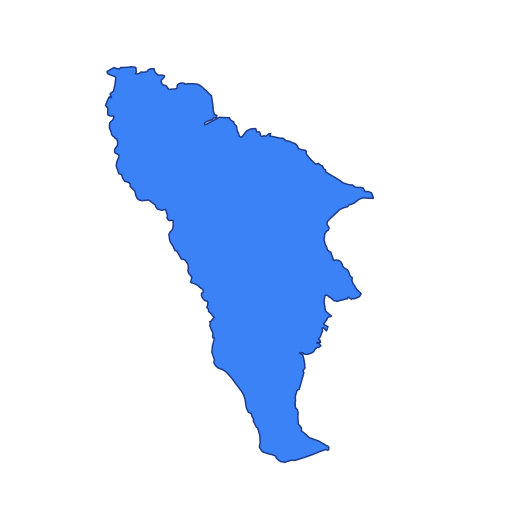 Polle, Federated States of Micronesia, rotated 261°
{"feature_id": "79324940B78067123130515", "entity_name": "Polle", "entity_type": "district", "adm_level": 2, "iso_a3": "FSM", "parent_name": "Federated States of Micronesia", "parent_adm1": "", "projection": "albers", "projection_center": [151.586, 7.337], "detail": "fine", "context": "isolated", "style": "filled", "palette": "blue", "viewbox_px": 512, "rotation_deg": 261, "n_neighbors": 0, "source": "geoboundaries", "source_scale": "gbopen_adm2", "svg_char_len": 6130}
<svg xmlns="http://www.w3.org/2000/svg" viewBox="0 0 512 512"><g transform="rotate(261 256 256)"><path d="M348.8,141.6L347.9,142.1L346.8,143.1L344.7,142.5L338.9,146.6L334.8,146.7L331.8,147.6L330.3,148.6L329.3,149.9L328.6,151.6L328.2,155.9L328.1,158.7L322.4,164.3L320.0,164.8L317.8,166.0L315.8,170.3L316.3,173.8L315.4,174.1L310.1,174.9L308.8,174.6L307.8,174.0L305.0,175.2L304.5,176.1L304.5,178.4L303.9,179.7L298.8,178.9L296.2,178.2L295.1,177.4L294.1,176.3L292.9,174.6L290.7,173.3L286.4,173.2L283.8,173.4L281.0,174.5L279.9,175.1L278.6,175.6L274.0,176.8L273.7,178.3L268.9,180.3L264.7,181.7L264.1,183.7L263.5,184.8L262.4,185.7L258.5,187.5L255.7,187.4L254.2,187.2L252.3,186.4L249.2,186.9L247.4,188.1L246.4,188.6L245.3,189.3L241.4,187.9L240.3,187.3L239.5,188.2L239.0,189.4L238.0,191.3L235.8,194.2L235.0,194.9L234.1,195.2L231.5,198.1L229.0,198.5L228.1,197.7L227.8,196.6L227.1,196.2L225.5,196.0L223.4,196.4L221.7,197.2L219.7,198.7L219.6,200.2L217.8,201.3L214.7,200.4L212.8,199.3L211.0,200.7L208.8,200.5L206.3,202.4L202.0,205.0L200.1,202.8L198.5,201.3L198.3,200.1L196.8,200.3L194.3,199.5L192.0,200.1L189.9,200.3L187.8,201.2L186.1,201.3L183.4,200.6L181.9,200.7L181.9,201.8L180.5,201.8L174.2,199.0L167.8,197.3L160.2,198.7L157.7,197.8L155.8,198.1L154.1,198.9L152.4,200.1L151.2,201.3L149.5,204.6L148.0,206.4L146.8,207.8L144.9,209.3L138.8,213.1L133.7,215.7L125.5,220.1L122.3,221.6L118.9,222.4L116.4,222.7L107.7,222.7L103.3,223.9L102.6,224.5L101.2,226.6L97.8,227.0L95.3,228.1L93.7,227.5L86.9,229.6L85.9,230.7L78.2,231.7L71.2,231.0L67.5,229.6L66.3,229.5L61.6,231.7L58.8,237.0L57.6,240.1L55.4,244.0L53.3,244.5L50.7,246.3L48.7,248.9L48.5,250.5L47.7,251.7L48.8,259.1L48.0,262.3L49.5,272.8L51.1,281.1L52.8,288.4L54.0,294.2L53.0,296.5L53.2,297.4L55.5,298.0L56.7,297.5L58.2,295.3L59.4,293.9L61.1,291.7L63.2,289.4L68.2,280.3L72.1,277.2L76.1,273.6L79.4,273.9L83.3,271.6L90.7,272.1L94.4,273.1L98.0,272.7L99.5,271.6L101.2,271.0L102.5,271.5L104.9,271.7L105.4,271.6L106.1,272.1L107.4,272.5L109.7,272.6L112.3,273.3L115.1,274.7L116.0,275.0L117.2,276.1L117.5,277.8L133.1,285.0L134.1,284.7L135.5,284.8L136.5,285.3L136.8,286.0L137.9,287.0L139.4,286.8L141.5,287.2L144.5,287.2L149.0,287.0L151.1,286.6L153.2,284.0L153.6,284.6L153.6,285.5L153.0,287.2L152.1,287.7L151.3,289.2L150.8,291.4L151.6,296.1L152.7,298.2L155.2,300.2L156.1,302.0L155.9,303.5L157.1,306.0L159.4,304.9L160.2,302.6L161.1,303.0L161.1,303.9L160.6,305.2L160.7,306.2L162.6,306.1L164.2,304.7L165.7,306.4L166.8,307.3L169.0,308.3L171.5,310.0L174.1,309.9L174.5,310.2L174.6,310.8L174.4,311.6L171.2,313.6L171.7,314.4L174.9,316.0L177.7,312.5L178.9,312.5L182.1,316.1L183.8,316.8L184.3,317.8L184.5,320.3L185.3,321.0L186.7,319.2L187.3,319.1L190.7,316.1L200.0,316.0L204.9,317.5L206.3,318.0L206.3,319.1L206.2,320.0L205.8,320.6L204.4,321.4L203.4,323.1L202.0,324.1L199.4,326.4L199.1,327.9L198.4,329.0L199.0,332.4L199.1,335.5L199.4,337.3L199.5,339.8L200.5,339.8L200.8,340.7L200.3,341.6L198.3,343.5L198.9,344.8L198.3,346.5L199.6,351.7L202.3,354.0L204.1,352.7L205.2,351.8L207.1,350.3L210.4,349.0L214.1,347.4L217.3,346.9L218.4,347.5L220.0,347.5L220.7,346.2L222.6,345.6L224.7,345.3L227.1,344.6L228.7,343.5L229.5,342.3L231.0,340.9L232.5,340.0L234.3,339.9L236.0,339.2L237.3,338.5L238.4,337.2L239.1,336.0L239.5,334.7L239.5,332.0L248.3,330.4L248.8,329.2L250.3,328.2L250.6,327.6L254.6,327.0L256.1,326.2L261.8,325.8L264.5,326.7L266.0,327.0L267.8,327.9L269.3,329.3L270.0,331.2L271.8,332.5L273.3,332.3L276.3,331.0L277.4,331.5L278.5,331.6L281.2,334.8L283.3,338.1L288.8,346.0L289.9,350.0L290.4,354.1L291.9,356.0L292.4,359.2L293.1,361.7L295.8,366.4L296.5,369.1L296.7,370.6L294.6,380.5L295.0,381.1L300.2,380.0L302.1,377.1L302.5,373.8L303.9,373.4L306.7,372.1L307.4,369.9L308.1,365.8L308.4,364.8L311.1,362.4L311.6,359.6L312.3,357.9L314.7,353.3L317.2,351.0L328.3,337.8L329.6,338.2L330.3,338.1L331.4,336.6L334.7,335.7L335.3,334.4L337.8,331.9L337.4,330.6L337.4,329.4L338.7,328.0L343.4,324.8L348.8,321.6L351.5,322.1L353.0,320.8L353.1,319.8L354.2,317.1L355.2,314.8L357.8,314.1L359.9,313.1L361.1,311.9L362.8,308.5L363.8,307.8L365.4,303.1L366.3,302.8L367.8,301.4L368.4,300.1L368.4,298.8L372.4,288.4L373.4,289.0L374.5,289.5L374.8,288.1L373.1,285.1L372.8,284.4L373.5,282.6L373.1,280.7L374.2,279.2L375.6,279.5L378.0,278.8L378.4,276.2L381.9,275.6L382.1,273.6L382.4,271.8L382.0,269.3L380.7,265.7L379.4,264.6L377.6,262.6L376.1,261.3L375.7,260.2L376.5,258.6L377.4,258.1L378.3,258.1L380.0,257.9L382.4,257.1L384.4,257.0L387.2,257.1L388.1,256.5L389.7,255.2L392.0,254.9L393.1,253.5L394.8,251.7L396.7,251.5L396.9,250.2L398.7,241.6L393.7,227.1L393.6,226.1L394.3,225.8L395.6,226.3L396.1,227.2L397.7,234.1L398.9,235.7L398.9,238.0L399.1,238.7L401.0,239.3L401.7,237.8L402.1,236.8L404.2,236.9L406.7,236.5L411.1,237.0L421.4,237.0L424.3,234.5L427.1,232.8L429.0,230.9L431.9,228.8L434.6,225.6L435.2,224.0L435.8,221.4L436.7,216.3L436.9,212.4L437.5,212.3L437.9,212.0L438.4,210.3L438.6,208.7L438.2,206.9L437.4,205.4L436.2,204.7L434.1,204.1L433.6,203.2L434.2,195.9L434.7,195.6L436.9,194.6L438.5,193.5L438.8,192.5L439.5,191.1L440.0,190.5L440.6,190.1L441.5,189.7L444.0,189.8L444.8,190.4L445.4,191.4L447.2,193.6L448.3,193.6L448.7,193.1L449.3,191.7L449.9,187.6L452.5,185.6L454.4,184.7L456.6,184.8L457.0,184.3L457.4,181.3L456.7,178.7L455.0,176.8L455.1,173.7L455.7,171.1L454.7,169.5L454.4,168.5L454.5,167.2L454.9,165.6L456.7,166.6L460.9,166.8L461.5,165.8L462.5,162.1L462.3,159.9L463.3,151.9L462.2,150.0L463.0,147.5L464.3,145.4L463.7,143.4L461.5,137.8L460.5,137.7L459.1,138.3L457.6,140.5L455.4,144.7L453.9,145.4L447.2,143.5L440.9,140.9L439.4,137.7L438.4,137.2L436.9,137.8L435.4,138.1L434.9,137.6L435.3,136.9L436.1,136.6L436.0,135.9L433.1,133.7L428.2,130.9L425.2,132.8L423.9,132.5L419.5,131.8L418.6,131.8L417.4,133.3L416.9,134.6L416.8,136.7L415.3,137.5L413.3,136.3L412.3,135.0L410.7,132.6L408.8,131.9L405.4,131.2L403.3,131.8L400.7,132.4L398.6,132.4L397.1,133.2L395.8,134.5L394.2,135.3L393.1,137.0L389.3,137.1L386.8,136.4L383.5,133.1L380.8,132.6L379.6,133.2L378.0,135.4L377.1,136.3L375.5,136.2L372.6,134.3L369.9,132.9L366.7,132.0L358.8,133.4L357.3,136.1L354.1,136.4L351.3,137.5L350.2,138.2L349.5,139.6L348.8,141.6Z" fill="#3b82f6" stroke="#1e3a8a" stroke-width="1.5"/></g></svg>